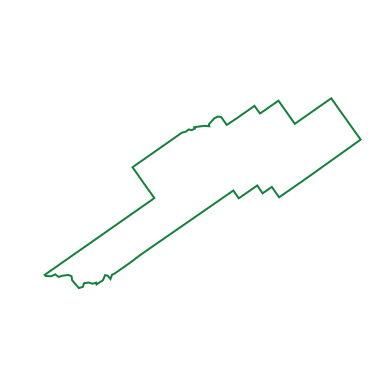 Pondera, Montana, United States of America (Robinson projection), rotated 325°
{"feature_id": "52423323B52290427367447", "entity_name": "Pondera", "entity_type": "district", "adm_level": 2, "iso_a3": "USA", "parent_name": "United States of America", "parent_adm1": "Montana", "projection": "robinson", "projection_center": [-112.508, 48.234], "detail": "fine", "context": "isolated", "style": "outline", "palette": "green", "viewbox_px": 384, "rotation_deg": 325, "n_neighbors": 0, "source": "geoboundaries", "source_scale": "gbopen_adm2", "svg_char_len": 839}
<svg xmlns="http://www.w3.org/2000/svg" viewBox="0 0 384 384"><g transform="rotate(325 192 192)"><path d="M81.6,214.4L101.4,214.4L114.2,213.9L226.7,214.5L226.7,224.0L249.2,224.1L249.1,233.6L260.3,233.6L260.3,246.3L294.1,246.4L360.2,245.8L359.9,214.2L359.8,195.1L315.3,195.1L315.3,188.9L315.2,166.8L292.7,166.7L292.6,157.3L271.1,157.3L258.9,157.0L258.9,147.4L256.5,145.1L252.8,144.4L244.7,146.2L243.9,148.1L240.1,144.9L231.0,140.2L230.7,141.7L227.1,141.1L225.3,138.9L221.4,139.0L217.7,137.6L157.5,137.6L157.5,161.1L157.7,175.3L156.8,175.4L23.8,175.4L24.0,176.9L28.4,180.3L32.7,181.0L34.1,185.1L37.9,186.3L43.2,189.1L45.0,191.9L43.2,195.5L44.2,205.8L48.2,207.1L51.2,204.8L55.4,206.9L57.8,210.0L61.5,211.3L60.8,212.9L68.4,213.2L73.1,210.3L75.0,212.3L75.3,216.5L78.9,213.9L81.6,214.4Z" fill="none" stroke="#15803d" stroke-width="2"/></g></svg>